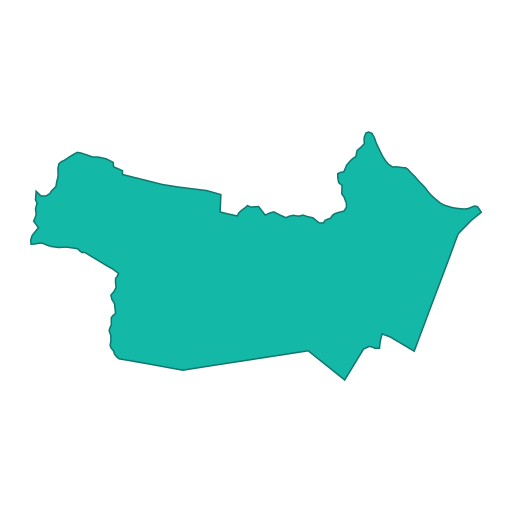 outline of São Gonçalo do Amarante, Ceará, Brazil
{"feature_id": "56859067B19519417683634", "entity_name": "São Gonçalo do Amarante", "entity_type": "district", "adm_level": 2, "iso_a3": "BRA", "parent_name": "Brazil", "parent_adm1": "Ceará", "projection": "natural_earth1", "projection_center": [-39.073, -3.592], "detail": "fine", "context": "isolated", "style": "filled", "palette": "teal", "viewbox_px": 512, "rotation_deg": 0, "n_neighbors": 0, "source": "geoboundaries", "source_scale": "gbopen_adm2", "svg_char_len": 2614}
<svg xmlns="http://www.w3.org/2000/svg" viewBox="0 0 512 512"><path d="M481.3,212.3L479.1,208.9L477.4,206.6L474.5,206.0L471.7,207.1L468.3,208.5L464.4,209.0L461.1,208.8L456.1,208.2L452.2,207.6L448.6,206.5L444.6,205.3L440.3,203.1L438.2,201.3L434.9,198.6L432.8,196.7L430.5,194.5L427.7,191.2L425.0,187.5L422.7,185.1L420.5,182.9L418.2,180.5L415.1,176.8L410.1,171.8L408.0,169.4L405.7,167.8L402.6,167.6L399.4,167.2L396.5,166.8L392.6,167.0L388.7,164.4L385.9,161.3L382.8,156.6L379.0,148.9L376.3,143.2L374.4,137.7L371.9,133.3L368.7,132.0L365.9,133.0L364.3,137.2L364.0,140.1L364.4,143.6L360.8,147.4L357.1,150.5L355.8,156.6L353.2,158.2L350.4,160.7L346.5,165.4L345.1,168.9L343.8,171.8L340.6,172.3L337.7,173.7L337.8,178.1L338.7,182.7L342.0,185.3L341.9,190.1L341.7,193.8L343.9,196.8L345.0,199.6L346.4,203.3L346.4,207.3L343.9,211.1L338.5,212.4L334.6,213.7L332.2,215.6L330.6,218.2L327.8,219.1L325.0,220.4L323.5,222.9L319.5,223.0L316.6,220.9L313.0,217.8L307.4,216.6L303.0,215.1L299.2,216.1L296.5,215.9L293.5,215.3L289.2,216.2L286.0,217.7L282.8,216.3L280.1,215.1L276.8,213.4L273.9,211.9L269.7,213.0L265.2,215.1L258.6,206.5L250.8,207.1L247.5,205.6L245.0,207.8L241.6,210.3L238.6,213.1L237.5,215.9L233.2,215.1L228.5,214.0L225.1,213.2L220.1,211.9L220.9,194.6L206.8,190.6L190.9,188.6L177.3,186.9L162.4,184.5L122.5,174.5L122.5,170.7L113.6,166.8L113.2,162.4L106.2,158.8L99.9,157.4L97.2,157.0L92.8,157.0L89.3,155.8L86.5,154.8L80.6,152.9L77.1,152.4L70.6,156.1L64.2,160.4L61.4,161.6L58.9,163.8L57.9,168.6L58.0,171.6L58.1,176.3L56.7,181.8L55.9,186.6L51.5,190.9L49.8,193.6L46.1,195.9L41.0,196.0L36.1,191.2L35.5,199.8L37.0,203.1L35.5,208.9L36.2,214.5L35.0,218.0L33.6,221.2L35.7,223.9L38.4,227.8L36.1,230.5L32.1,235.6L30.7,240.0L31.1,244.3L34.6,244.0L37.8,243.4L40.7,243.0L43.6,243.6L46.9,245.1L51.2,246.5L55.5,247.1L58.4,247.5L61.1,247.4L65.4,247.1L68.7,247.4L71.3,247.8L74.3,248.2L77.8,248.8L79.7,250.8L82.0,252.6L84.7,252.4L107.7,266.3L112.6,269.0L118.5,273.3L117.3,276.2L115.6,278.4L115.5,282.5L116.1,287.4L114.1,291.3L110.9,295.1L111.9,299.4L114.5,303.6L114.8,307.0L115.2,310.0L115.5,313.6L113.0,315.4L111.3,317.6L111.3,321.1L111.3,324.9L110.0,327.7L109.1,330.7L110.8,335.4L110.9,341.0L110.1,345.3L111.1,348.0L113.6,351.1L114.5,354.2L116.6,356.7L118.9,358.8L146.1,363.5L172.9,368.4L182.8,370.2L209.4,366.0L308.2,350.8L344.7,380.0L363.6,349.0L366.2,347.9L369.2,346.4L372.3,347.1L374.9,348.3L379.5,348.3L379.8,344.9L380.2,341.6L380.9,338.4L382.1,334.0L390.1,336.9L414.2,351.2L432.8,301.5L437.9,288.1L439.4,284.1L450.0,256.0L455.1,241.9L458.2,233.8L463.0,228.9L471.6,220.1L481.3,212.3Z" fill="#14b8a6" stroke="#0f766e" stroke-width="1.5"/></svg>